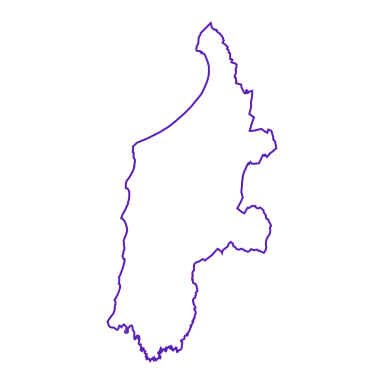 outline of Moñitos, Córdoba, Colombia
{"feature_id": "7082276B84273930819596", "entity_name": "Moñitos", "entity_type": "district", "adm_level": 2, "iso_a3": "COL", "parent_name": "Colombia", "parent_adm1": "Córdoba", "projection": "equal_earth", "projection_center": [-76.121, 9.199], "detail": "fine", "context": "isolated", "style": "outline", "palette": "violet", "viewbox_px": 384, "rotation_deg": 0, "n_neighbors": 0, "source": "geoboundaries", "source_scale": "gbopen_adm2", "svg_char_len": 6006}
<svg xmlns="http://www.w3.org/2000/svg" viewBox="0 0 384 384"><path d="M241.3,192.1L242.0,185.5L242.0,181.6L242.4,180.8L242.8,176.3L244.2,171.5L245.5,169.1L247.2,165.0L248.3,163.4L249.0,164.2L250.4,162.0L251.6,163.4L252.7,163.8L258.9,163.3L262.9,155.2L263.3,155.6L264.2,155.7L264.2,155.1L265.4,154.7L266.9,157.0L268.6,155.4L269.7,153.4L271.3,152.5L276.3,148.3L275.1,141.7L273.2,139.3L273.2,137.0L271.6,131.5L271.1,130.9L269.4,129.8L268.3,129.6L267.3,132.8L264.6,131.3L261.3,128.9L252.9,130.9L249.7,130.8L251.4,124.7L254.0,117.4L249.3,114.0L251.2,106.4L250.9,102.4L252.1,96.3L252.2,90.8L248.8,91.8L248.7,92.3L248.0,92.8L246.6,93.1L247.2,90.5L246.4,90.2L245.6,93.1L244.5,93.2L241.4,87.2L241.2,84.5L238.5,84.0L236.6,83.0L236.1,83.2L235.9,82.2L236.4,80.7L235.7,78.8L235.9,77.9L234.6,77.1L234.5,76.7L236.0,72.5L236.1,71.0L235.5,69.8L236.5,66.8L236.5,64.4L235.2,63.5L231.8,62.5L231.3,62.1L232.4,59.9L231.4,59.1L230.2,59.1L230.1,53.2L228.7,52.6L228.6,50.3L227.2,49.1L227.5,48.1L227.3,48.1L227.8,47.1L224.9,44.3L222.6,42.7L223.2,41.2L223.8,40.4L223.3,39.5L222.6,37.1L220.2,34.0L217.2,31.7L216.7,31.1L216.9,30.4L216.7,29.9L216.2,29.8L215.6,30.1L214.7,29.4L213.7,29.4L212.9,28.7L211.6,26.7L210.7,23.0L200.8,33.0L200.1,35.1L198.8,37.1L198.2,43.6L196.7,46.4L196.3,49.0L196.3,50.0L196.7,50.6L197.8,51.0L199.5,51.1L199.9,51.5L200.8,51.4L201.1,52.1L201.5,52.1L201.1,52.8L201.5,53.3L202.9,53.3L204.2,54.0L205.0,55.2L207.7,61.8L208.9,66.6L208.9,72.8L208.6,75.6L207.9,78.8L206.3,83.6L203.2,90.4L201.7,93.2L200.3,95.4L190.9,106.9L184.1,113.7L172.5,123.8L168.2,127.0L159.6,132.3L146.6,138.8L137.0,142.7L133.5,146.0L132.9,146.9L133.1,149.1L132.7,151.9L133.4,152.2L133.7,153.0L133.5,157.4L134.4,158.8L135.0,160.3L134.4,165.2L134.0,166.1L134.3,166.2L134.3,166.7L133.5,169.6L131.5,173.7L128.9,178.0L126.5,181.1L125.8,184.2L125.8,188.2L127.3,188.5L127.9,189.1L128.6,190.2L129.2,192.0L129.4,194.4L129.0,198.8L127.9,203.0L128.2,203.2L124.5,211.2L122.5,214.5L121.9,216.6L121.2,217.8L121.3,218.4L122.5,218.8L124.4,220.9L125.9,224.3L127.0,228.3L127.2,230.4L126.7,232.6L123.7,240.5L124.0,246.2L124.5,247.2L124.2,249.7L123.4,251.8L123.3,253.7L122.5,255.6L122.5,256.5L123.0,258.1L123.6,258.4L124.0,259.3L124.6,259.2L124.7,259.5L124.5,260.0L124.5,261.8L122.6,268.6L119.8,275.9L119.0,276.7L119.3,278.3L119.2,282.0L118.8,283.5L119.6,284.4L120.2,286.1L119.8,288.7L118.1,293.6L115.6,298.4L114.5,300.0L115.4,301.7L115.5,303.4L115.5,304.4L114.8,306.0L114.8,309.5L113.3,313.6L109.9,318.0L107.7,321.4L107.9,321.6L107.8,322.6L108.9,325.8L109.9,326.8L111.4,327.5L113.8,327.6L116.9,329.8L117.7,329.6L118.4,328.7L118.8,327.0L119.4,325.6L119.8,325.6L121.5,327.2L122.6,325.6L124.1,324.5L126.7,327.4L126.4,329.3L124.9,331.9L125.3,332.5L126.3,332.9L127.9,332.3L127.7,329.6L128.1,328.5L129.6,326.5L130.9,325.6L131.7,325.5L132.4,326.7L132.5,328.8L132.8,329.9L133.6,330.9L134.3,332.7L134.4,333.7L134.1,336.2L134.4,338.8L134.9,339.3L135.6,339.0L136.2,336.5L137.3,335.6L138.3,335.6L139.1,336.4L139.0,336.8L138.0,336.7L137.9,336.9L138.4,338.8L139.5,338.7L138.7,342.9L138.9,344.0L140.1,344.7L140.6,344.4L140.8,344.6L140.4,345.7L141.0,346.4L141.2,347.4L140.6,349.9L141.4,350.2L141.7,351.1L142.3,350.9L142.9,348.6L143.2,348.1L143.6,348.3L143.8,350.3L145.3,351.1L144.7,352.2L144.6,353.0L145.3,353.2L145.6,353.8L146.9,354.3L145.8,355.8L145.8,356.9L146.1,357.5L146.4,357.7L146.8,357.2L147.3,357.1L146.8,359.2L147.4,359.2L147.9,358.8L149.3,358.9L149.6,359.3L149.7,360.4L150.2,361.0L150.9,359.4L151.5,359.2L153.1,357.7L153.6,357.7L153.8,358.0L153.2,359.5L153.9,360.5L154.4,360.2L154.9,359.4L154.9,358.3L156.1,360.2L157.6,358.4L159.1,358.1L160.1,358.4L160.4,357.8L160.5,356.4L160.1,356.1L159.1,356.1L159.0,355.7L159.3,355.1L158.9,354.3L159.0,353.7L158.2,353.3L158.3,352.5L158.9,352.0L159.9,352.5L160.0,350.5L160.3,349.5L160.5,350.4L161.1,350.3L160.8,351.1L161.4,351.1L161.4,352.1L162.4,350.9L162.0,349.3L162.6,349.9L163.8,349.3L164.5,349.9L165.6,348.3L165.7,348.9L165.4,351.0L165.8,351.3L166.3,350.7L167.0,347.9L168.2,347.3L168.9,346.6L169.4,346.6L169.6,346.9L169.7,348.2L170.2,348.5L170.5,348.2L170.7,346.3L171.3,346.0L172.0,348.1L172.0,349.6L173.2,350.5L173.6,350.2L174.2,348.7L175.6,348.5L176.0,347.5L176.5,347.8L176.5,349.8L177.3,350.1L176.9,351.2L177.1,352.0L177.7,351.9L178.7,350.3L180.6,349.7L181.8,347.8L182.0,344.7L182.3,343.5L182.0,342.6L182.2,342.0L181.1,341.5L180.8,340.8L182.2,339.7L184.2,339.1L184.4,338.6L184.6,336.3L185.2,335.6L186.0,335.6L186.6,335.0L187.4,335.5L187.7,335.1L187.7,334.1L187.2,333.5L188.1,333.0L190.1,329.3L190.2,328.3L191.1,326.8L190.5,325.9L191.1,325.5L191.3,324.9L191.8,324.7L192.9,322.3L192.5,321.4L193.4,321.0L193.1,320.3L193.5,319.1L194.5,318.4L194.2,317.4L194.7,316.7L195.0,314.9L195.7,313.3L195.7,312.2L195.4,311.1L194.2,309.0L194.3,308.6L195.3,308.2L195.5,307.5L193.6,303.8L193.5,302.7L193.0,301.4L193.1,299.6L194.1,298.1L195.1,297.7L195.4,296.7L195.3,295.8L196.1,294.4L195.8,292.6L196.2,292.0L197.3,291.3L197.4,290.4L196.3,285.1L195.0,283.5L194.2,283.5L193.0,282.8L192.8,280.9L192.1,279.8L192.8,279.0L192.2,278.3L192.2,277.3L192.9,275.7L192.8,275.1L192.3,274.4L192.7,271.8L194.0,270.2L193.9,267.8L194.1,264.7L194.8,263.6L196.4,262.2L198.6,261.7L202.5,259.2L203.6,259.3L204.9,260.5L212.1,255.0L216.6,249.8L217.8,248.8L221.3,251.5L222.0,253.0L222.4,251.3L223.3,249.8L227.6,246.5L228.6,244.0L230.7,241.9L232.9,243.7L233.2,245.7L233.6,246.4L235.2,247.0L236.4,248.8L237.8,249.5L239.6,249.6L241.3,248.7L243.3,249.5L244.4,250.4L247.9,251.8L249.4,251.1L251.1,249.1L253.5,250.2L257.2,249.6L258.4,250.9L259.7,250.6L260.4,251.3L263.8,252.8L265.5,250.5L266.4,247.1L266.1,246.4L265.8,243.4L266.3,240.2L267.4,237.4L269.9,233.8L270.3,230.4L269.9,227.3L271.0,226.2L270.9,225.2L268.9,221.5L268.4,219.6L266.7,218.8L266.0,218.1L266.1,215.8L264.0,212.8L263.4,210.3L260.4,207.6L259.7,207.6L258.6,208.3L257.4,208.3L256.0,207.5L255.4,205.9L254.5,206.3L252.1,205.9L249.0,208.0L247.5,207.7L244.9,212.6L244.1,213.3L243.0,212.5L242.0,212.2L237.3,208.4L241.0,201.5L242.7,197.6L242.1,194.4L241.3,192.1Z" fill="none" stroke="#5b21b6" stroke-width="2"/></svg>